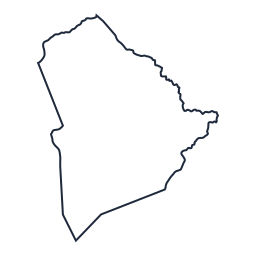 outline of San Isidro, Intibucá, Honduras
{"feature_id": "27666195B3515972016416", "entity_name": "San Isidro", "entity_type": "district", "adm_level": 2, "iso_a3": "HND", "parent_name": "Honduras", "parent_adm1": "Intibucá", "projection": "mercator", "projection_center": [-88.099, 14.565], "detail": "fine", "context": "isolated", "style": "outline", "palette": "slate", "viewbox_px": 256, "rotation_deg": 0, "n_neighbors": 0, "source": "geoboundaries", "source_scale": "gbopen_adm2", "svg_char_len": 5625}
<svg xmlns="http://www.w3.org/2000/svg" viewBox="0 0 256 256"><path d="M101.1,214.4L164.8,189.5L165.2,188.6L165.6,187.4L165.7,186.1L165.9,185.2L166.7,183.0L170.3,177.6L171.2,176.4L173.3,174.1L174.5,172.5L175.1,171.9L175.7,171.5L176.4,171.1L178.7,170.4L180.4,169.7L180.6,169.5L180.9,169.3L181.4,168.2L183.5,163.1L184.6,161.0L184.8,160.5L184.8,160.0L184.8,159.6L184.7,159.2L184.3,158.4L183.3,156.7L182.1,155.1L181.8,154.7L181.5,154.2L181.4,153.7L181.4,153.1L181.5,152.5L181.8,152.1L182.1,151.7L182.4,151.4L183.0,151.0L184.6,150.4L185.1,150.3L186.0,150.2L186.3,150.1L187.2,149.2L187.9,148.2L188.3,148.0L188.7,147.9L189.2,147.9L189.9,148.2L190.5,148.2L190.9,148.2L191.2,148.1L191.5,147.8L191.7,147.3L191.8,147.0L191.9,146.1L192.0,145.6L192.2,145.3L192.3,145.1L192.6,145.0L193.2,144.8L194.0,144.6L194.3,144.5L194.4,144.2L194.5,143.8L194.6,143.5L194.5,143.0L194.6,142.8L194.7,142.2L194.9,141.8L195.2,141.5L195.6,141.3L195.9,141.0L196.7,139.7L197.2,139.2L197.8,138.6L198.2,138.4L198.5,138.2L199.2,138.1L200.8,137.9L202.2,137.9L202.6,137.9L203.0,137.7L203.4,137.5L203.7,137.3L205.4,135.9L206.9,135.0L207.4,134.5L207.6,134.2L207.8,133.9L207.9,133.7L207.9,133.4L207.8,133.1L207.4,132.4L207.2,131.7L207.1,131.3L208.2,128.0L208.5,123.1L208.6,122.9L208.8,122.6L209.3,122.3L209.8,122.2L210.3,122.1L210.8,122.1L211.1,122.2L211.7,122.4L212.1,122.5L212.4,122.5L212.8,122.5L213.0,122.4L213.3,122.1L213.7,121.8L214.2,121.6L214.7,121.5L214.9,121.5L215.2,121.6L215.6,121.9L216.0,122.3L216.3,122.2L216.5,121.7L216.7,121.2L216.7,120.7L216.6,119.9L216.6,119.4L216.7,118.7L216.9,117.7L217.2,116.8L217.4,116.4L217.8,116.0L217.8,115.8L217.9,115.6L217.8,115.2L217.3,114.5L217.0,113.7L216.5,112.3L216.0,112.2L215.5,112.2L215.0,112.2L214.5,112.3L214.4,112.3L212.7,111.2L212.2,111.1L211.9,111.1L211.6,111.2L210.8,111.5L209.8,112.1L209.3,112.2L208.9,112.3L208.4,112.3L206.2,111.9L205.6,112.0L205.1,112.1L204.7,112.2L204.3,112.6L203.7,113.1L203.2,113.7L203.1,113.8L202.8,113.9L202.5,113.9L202.4,113.7L202.0,113.2L201.0,112.1L200.5,111.5L199.8,111.0L199.4,110.8L198.8,110.7L197.5,110.7L196.6,110.7L196.4,110.7L196.2,110.3L195.9,109.9L195.6,109.7L195.2,109.7L194.6,109.7L194.1,109.8L193.8,109.9L193.3,110.1L192.8,110.6L192.2,111.0L191.9,111.2L191.4,111.3L191.0,111.3L190.7,111.2L190.4,111.0L190.0,110.6L189.7,110.5L188.6,110.0L187.6,109.8L187.4,109.8L187.2,109.9L185.7,110.9L185.0,110.9L184.5,110.9L184.3,110.7L184.1,110.4L183.5,109.3L182.9,107.7L182.7,106.6L182.7,106.2L182.8,105.7L182.7,105.1L182.8,104.5L183.0,104.2L183.2,103.9L183.6,103.2L182.9,102.3L181.9,100.9L181.5,100.5L180.9,99.9L180.4,99.5L180.2,97.2L180.2,96.6L180.4,96.1L180.4,95.8L180.5,94.9L180.5,94.4L180.4,94.2L180.2,94.0L179.5,93.6L179.1,93.2L178.8,92.8L178.5,92.3L178.5,92.0L178.6,91.9L178.9,91.7L179.0,91.6L179.1,91.1L179.1,90.9L178.9,90.3L178.8,89.5L178.9,89.1L179.2,88.7L179.3,88.4L179.4,88.0L179.3,87.6L179.1,87.4L178.8,87.5L178.6,87.4L178.3,87.2L178.1,87.1L177.8,86.6L177.4,85.3L177.0,84.7L176.5,84.4L176.4,84.3L175.7,84.6L174.7,85.0L174.3,85.0L174.0,84.9L173.8,84.8L173.5,84.7L173.3,84.4L173.1,84.1L172.8,83.4L172.5,82.6L171.5,80.9L171.4,80.7L171.2,80.7L170.4,80.8L169.8,80.9L169.7,80.9L169.3,80.7L169.2,80.5L169.2,80.4L169.2,79.9L169.1,79.6L168.9,79.4L167.0,79.9L166.8,79.8L166.5,79.7L166.3,79.5L166.2,79.1L166.1,78.4L166.2,77.1L166.0,76.7L165.9,76.4L163.7,76.5L162.4,76.4L161.6,76.2L161.4,76.1L161.1,75.8L160.9,75.6L160.9,75.4L161.0,74.6L160.8,73.8L160.7,72.8L160.7,72.3L160.9,71.7L161.4,71.3L161.5,70.9L161.6,70.4L161.8,68.9L162.0,68.2L162.0,67.9L159.3,66.3L158.4,65.9L157.8,65.6L157.3,65.4L155.9,65.3L155.6,65.2L155.3,65.0L155.2,64.7L155.1,62.9L155.0,61.6L155.1,60.8L155.0,60.4L154.9,60.3L154.5,60.1L154.3,60.1L153.9,60.1L153.6,60.1L153.2,60.0L152.8,59.8L152.6,59.6L152.4,59.3L152.3,58.8L152.1,58.5L151.7,58.1L151.1,57.7L150.7,57.5L149.8,57.2L148.9,56.7L148.2,56.4L147.9,56.4L147.4,56.4L146.7,56.3L146.2,56.2L145.5,55.8L144.9,55.7L144.4,55.6L143.8,55.7L141.8,56.0L140.9,56.0L140.4,55.9L140.1,55.6L139.9,55.5L138.2,55.2L136.4,54.5L133.9,53.2L133.7,53.0L133.5,52.6L133.2,50.8L133.1,50.6L132.8,50.4L132.2,50.2L130.5,49.8L129.4,49.5L129.2,49.5L127.8,49.7L127.3,49.7L126.8,49.6L126.3,49.3L125.4,48.3L123.2,45.4L122.2,44.3L121.1,43.2L118.8,41.5L118.3,41.0L117.7,40.4L117.2,39.7L116.6,38.6L116.0,37.0L115.5,35.6L115.2,35.1L103.1,21.1L96.5,15.4L96.4,16.3L96.1,17.0L95.9,17.2L95.5,17.4L94.5,17.8L93.0,18.2L91.5,18.5L89.7,18.5L87.8,18.2L87.4,18.3L86.9,18.3L86.4,18.5L86.1,18.7L85.9,19.0L85.7,19.4L85.6,19.7L85.3,19.9L84.9,20.2L83.9,20.6L83.5,20.8L82.8,20.8L82.2,21.1L81.9,21.4L81.6,21.7L81.5,22.1L81.4,22.7L81.2,23.1L80.8,23.7L80.3,24.2L79.8,24.6L78.3,25.2L77.1,25.9L76.7,26.2L76.2,27.0L75.5,27.7L74.8,28.4L74.0,28.9L73.5,29.1L73.2,29.1L72.7,29.1L72.3,29.3L70.0,31.7L69.7,32.1L69.1,32.3L68.5,32.4L66.7,32.2L65.4,32.2L64.9,32.4L64.3,32.8L63.9,32.9L63.5,32.9L62.7,32.7L61.6,32.6L61.2,32.8L60.6,33.2L59.5,33.8L58.5,34.2L58.1,34.3L57.2,34.3L56.6,34.3L55.7,34.4L54.9,34.6L54.6,34.8L54.3,35.0L53.7,35.6L53.2,36.1L51.6,37.1L50.7,37.8L50.1,38.3L49.2,39.2L48.4,40.0L47.5,40.5L45.6,41.3L44.5,41.9L44.2,42.1L44.0,42.3L43.7,42.7L43.4,43.5L43.2,44.2L43.1,45.0L43.2,46.0L43.3,46.9L43.4,47.5L43.9,48.9L44.1,49.7L44.4,51.6L44.5,53.1L44.6,54.2L44.5,54.9L44.4,55.6L44.0,56.6L43.4,57.7L42.5,59.0L41.5,60.3L40.6,61.2L39.8,62.0L39.2,62.4L38.1,62.9L62.9,125.7L62.0,126.8L60.9,127.8L60.1,128.5L59.4,129.0L58.7,129.3L57.8,129.5L56.8,129.7L54.6,130.0L53.5,130.3L53.2,130.5L52.6,131.3L52.2,132.0L51.6,133.3L51.3,133.8L51.0,134.2L52.3,138.5L52.6,141.4L53.6,143.5L54.9,145.3L58.0,148.4L59.2,150.2L59.8,153.1L60.3,157.3L60.2,166.1L62.9,214.6L75.9,240.6L101.1,214.4Z" fill="none" stroke="#1e293b" stroke-width="2"/></svg>